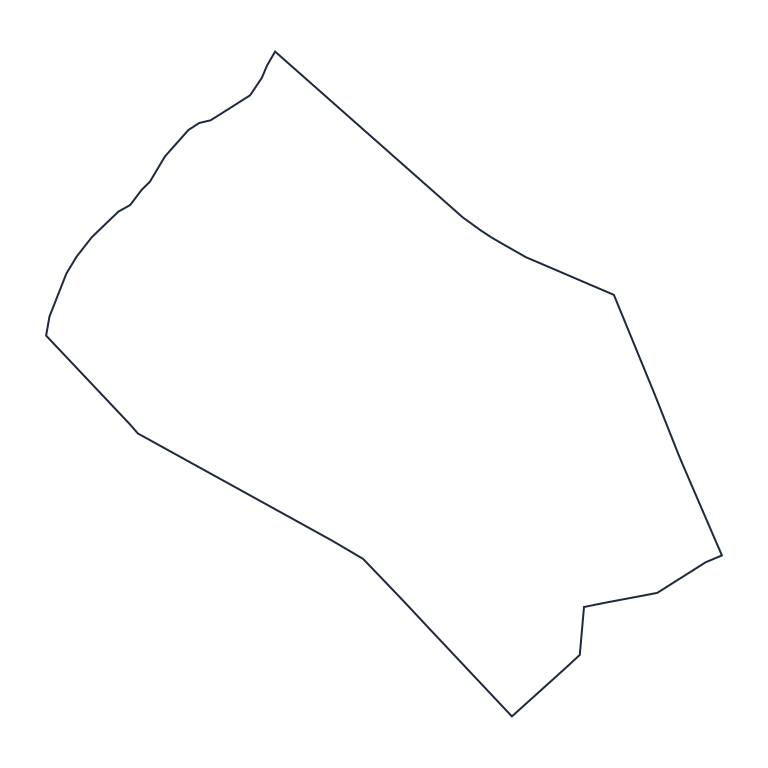 Matias Olímpio, Piauí, Brazil (orthographic projection)
{"feature_id": "56859067B98768329388642", "entity_name": "Matias Olímpio", "entity_type": "district", "adm_level": 2, "iso_a3": "BRA", "parent_name": "Brazil", "parent_adm1": "Piauí", "projection": "orthographic", "projection_center": [-42.594, -3.708], "detail": "fine", "context": "isolated", "style": "outline", "palette": "slate", "viewbox_px": 768, "rotation_deg": 0, "n_neighbors": 0, "source": "geoboundaries", "source_scale": "gbopen_adm2", "svg_char_len": 609}
<svg xmlns="http://www.w3.org/2000/svg" viewBox="0 0 768 768"><path d="M46.1,335.6L129.8,424.2L137.9,433.5L331.8,540.5L363.1,558.9L402.8,600.3L430.5,629.9L511.9,716.4L564.6,668.9L579.8,654.9L584.0,607.0L603.7,603.0L657.2,592.9L705.6,562.3L721.9,555.4L682.2,463.4L677.9,453.0L654.5,393.9L613.9,294.9L525.9,257.2L502.7,244.0L491.2,237.3L480.9,230.5L462.9,217.5L275.1,51.6L267.1,65.4L261.8,77.9L250.1,95.3L210.6,120.3L199.2,123.0L188.4,130.0L164.9,156.5L149.9,181.7L141.7,189.8L130.2,205.0L118.4,211.6L91.7,237.3L76.5,256.8L66.4,273.5L49.5,316.5L46.1,335.6Z" fill="none" stroke="#1e293b" stroke-width="2"/></svg>